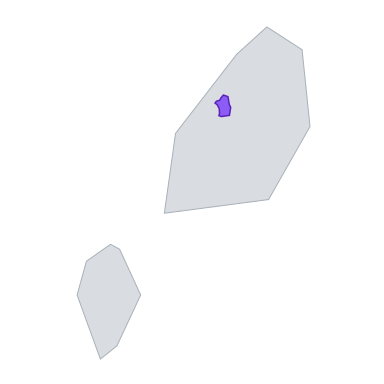 where San Ġwann sits in Malta, rotated 263°
{"feature_id": "MLT-5937", "entity_name": "San Ġwann", "entity_type": "state/province", "adm_level": 1, "iso_a3": "MLT", "parent_name": "Malta", "parent_adm1": "", "projection": "mercator", "projection_center": [14.476, 35.906], "detail": "fine", "context": "in_parent", "style": "filled", "palette": "violet", "viewbox_px": 384, "rotation_deg": 263, "n_neighbors": 0, "source": "natural_earth", "source_scale": "10m", "svg_char_len": 599}
<svg xmlns="http://www.w3.org/2000/svg" viewBox="0 0 384 384"><g transform="rotate(263 192 192)"><path d="M346.7,286.4L319.8,318.6L242.6,317.1L175.2,267.1L174.3,162.0L252.2,182.8L323.3,253.2L346.7,286.4ZM144.0,113.2L96.0,128.5L48.4,98.7L37.3,80.7L103.8,65.4L136.2,78.8L150.0,104.7L144.0,113.2Z" fill="#d9dde1" stroke="#a8b0b8" stroke-width="1"/><path d="M277.5,225.7L279.2,227.4L279.7,230.7L282.0,232.3L284.4,235.0L282.3,239.3L274.3,239.7L271.3,240.7L263.5,238.5L263.3,230.3L264.5,228.0L266.6,228.9L271.4,229.2L275.4,227.7L277.5,225.7Z" fill="#8b5cf6" stroke="#5b21b6" stroke-width="1.5"/></g></svg>